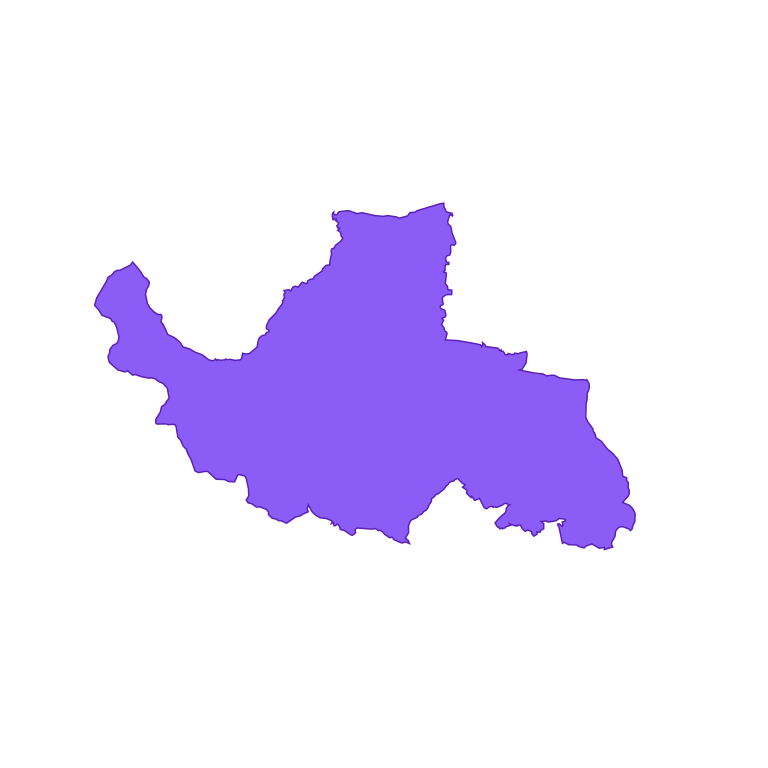 Glodeni, Dâmbovita, Romania, rotated 216°
{"feature_id": "2599482B94470616232964", "entity_name": "Glodeni", "entity_type": "district", "adm_level": 2, "iso_a3": "ROU", "parent_name": "Romania", "parent_adm1": "Dâmbovita", "projection": "orthographic", "projection_center": [25.472, 45.017], "detail": "fine", "context": "isolated", "style": "filled", "palette": "violet", "viewbox_px": 768, "rotation_deg": 216, "n_neighbors": 0, "source": "geoboundaries", "source_scale": "gbopen_adm2", "svg_char_len": 6168}
<svg xmlns="http://www.w3.org/2000/svg" viewBox="0 0 768 768"><g transform="rotate(216 384 384)"><path d="M525.7,493.5L525.9,491.8L524.7,489.7L521.9,487.0L521.4,487.1L520.2,489.6L519.2,489.2L519.1,487.8L515.6,487.6L514.8,486.1L515.2,484.5L514.8,484.0L513.2,483.1L511.4,483.9L511.8,481.0L508.4,481.1L505.4,478.4L503.0,477.7L502.9,474.1L504.8,467.6L504.2,464.7L505.7,462.6L504.9,460.4L502.8,458.4L500.3,452.3L498.0,448.4L500.4,446.1L501.1,443.7L501.3,441.0L500.6,439.6L500.7,438.5L503.6,430.3L503.2,427.3L505.2,425.4L506.3,422.7L505.5,420.6L505.8,419.6L510.1,418.2L510.3,411.9L512.9,411.2L514.6,409.2L514.2,404.5L516.4,404.3L519.8,400.9L517.6,399.6L517.7,397.7L515.2,395.3L515.4,394.1L514.7,392.7L515.1,391.7L514.0,390.8L513.4,388.5L513.6,382.7L513.1,377.7L514.6,368.4L513.3,361.9L511.6,359.6L508.6,359.8L507.8,358.6L509.2,356.6L509.1,353.5L511.0,351.6L512.0,348.1L511.2,345.1L508.4,339.3L510.7,329.7L513.0,327.3L516.4,325.8L514.4,321.3L514.2,320.1L514.8,318.7L518.6,315.4L522.5,313.8L525.5,311.3L526.9,311.0L527.0,309.9L530.5,306.9L532.7,306.1L533.0,304.8L535.0,305.3L535.3,303.3L536.8,301.7L540.0,300.6L548.1,300.8L556.0,298.6L561.1,298.3L568.6,295.8L573.3,297.8L581.0,298.3L588.0,296.9L597.3,302.2L601.1,303.3L602.7,307.2L604.1,308.7L605.5,309.1L607.6,307.4L612.3,307.1L618.5,308.1L622.6,310.0L629.5,316.2L631.8,321.1L632.0,324.7L633.1,327.6L634.2,328.7L637.9,329.7L641.5,329.5L648.6,332.4L659.0,334.9L659.1,331.1L664.5,320.7L666.6,319.2L668.0,316.6L668.3,312.3L669.9,308.2L668.8,303.2L667.0,284.6L664.6,278.2L663.9,277.4L658.7,276.4L652.6,273.8L643.6,276.2L640.8,274.9L638.7,275.5L633.8,272.9L626.0,266.2L624.0,261.6L624.3,259.1L626.0,255.9L626.1,250.8L624.2,247.6L623.4,243.9L619.6,240.5L617.3,239.8L607.5,239.0L600.6,241.5L599.1,244.0L592.6,243.4L590.9,245.4L583.9,247.6L577.5,250.6L575.9,252.2L572.1,253.7L568.1,253.5L563.1,254.6L556.7,253.2L549.5,246.2L549.7,241.3L549.1,240.0L550.6,234.8L548.5,229.9L547.8,221.3L545.7,218.3L544.1,218.2L536.7,223.7L534.8,224.2L530.6,227.7L528.9,228.2L527.0,227.2L519.4,219.7L516.1,219.2L509.7,215.7L505.6,215.0L501.9,212.4L495.7,209.5L485.8,202.6L482.0,203.3L476.9,208.6L474.9,209.6L463.8,208.3L456.8,213.0L452.4,213.8L447.3,217.0L448.8,223.9L448.3,225.4L442.6,227.8L440.0,226.6L432.3,219.8L427.6,214.0L427.3,209.2L424.0,208.0L420.2,209.5L415.1,209.4L412.1,211.7L405.4,213.4L402.3,212.6L400.6,210.4L395.5,209.7L391.8,211.3L389.3,211.4L386.8,212.9L381.0,214.1L377.4,224.3L373.7,228.9L373.5,230.8L372.5,231.8L371.7,233.9L370.4,235.2L370.3,236.2L372.7,237.7L374.3,241.8L367.5,238.5L362.7,237.7L357.0,238.2L351.5,241.3L346.2,242.6L345.0,242.0L344.5,240.2L343.7,242.1L341.2,240.0L340.0,240.8L339.7,242.7L338.8,243.2L336.5,242.8L333.8,240.6L330.0,242.2L322.3,242.4L320.6,243.1L319.6,246.0L319.6,247.0L321.3,248.5L321.6,249.6L321.6,251.0L321.0,251.8L308.8,259.3L305.7,262.2L302.5,262.0L301.9,263.2L298.6,263.6L295.2,262.8L290.4,262.8L288.8,263.1L287.6,264.7L286.1,264.9L285.1,263.9L279.2,265.0L276.1,265.9L273.4,269.0L269.6,269.9L272.5,271.7L276.1,271.8L276.7,278.1L280.8,283.6L282.0,288.0L281.9,290.2L278.8,295.6L279.0,297.7L277.0,301.2L276.9,303.9L275.8,306.8L275.7,310.0L276.4,312.4L276.7,316.8L278.1,319.3L277.1,322.2L277.0,324.9L275.5,327.7L273.7,334.0L273.8,338.1L273.2,339.6L273.2,342.7L272.2,344.9L270.4,346.6L270.5,348.3L268.9,350.9L262.4,349.8L259.0,350.1L259.8,346.7L254.1,346.8L253.1,344.2L247.0,343.3L247.0,344.8L242.3,343.1L239.4,347.5L230.0,342.8L227.6,343.3L226.6,346.6L224.7,348.6L223.2,348.4L223.0,349.3L220.2,350.5L217.3,355.2L215.8,358.9L211.6,360.0L212.2,359.3L212.0,355.5L210.5,352.6L210.3,350.6L212.0,343.6L212.5,336.9L209.1,335.4L207.8,335.2L207.4,335.8L205.2,334.9L203.9,336.9L203.1,336.5L201.5,338.7L201.4,340.1L198.5,344.2L200.2,344.7L194.9,346.2L192.8,347.4L193.3,348.0L190.8,350.0L187.0,348.2L183.1,347.8L182.1,350.1L178.1,351.4L176.4,349.7L173.3,349.0L171.9,352.5L173.3,354.0L170.7,355.7L171.2,357.6L169.7,360.8L172.7,364.9L176.1,365.1L172.6,368.3L170.3,368.7L167.4,371.3L164.2,374.9L163.3,378.1L158.5,380.9L157.3,380.7L157.5,380.1L156.8,379.3L158.7,377.1L156.3,375.1L156.1,373.8L160.5,373.8L161.2,372.5L158.1,370.9L146.0,360.0L145.2,361.8L140.1,362.6L133.3,367.1L131.7,366.8L125.8,369.0L125.2,371.9L121.8,376.8L113.2,377.7L109.8,381.2L109.0,381.1L108.4,379.6L103.1,386.6L105.6,387.9L106.8,390.0L107.6,396.6L109.9,400.6L110.3,402.8L109.7,406.4L107.1,408.9L101.0,410.6L98.4,410.3L98.1,412.7L99.3,415.2L100.2,420.1L104.3,426.3L106.5,427.9L109.5,429.3L114.2,430.1L121.4,428.4L120.5,436.8L121.0,439.0L122.9,442.1L125.2,443.3L128.6,447.9L131.3,448.6L132.1,450.4L133.1,450.7L136.6,449.6L140.4,454.0L150.6,460.5L158.1,462.2L164.9,462.7L174.7,465.4L180.8,465.1L184.4,468.0L187.2,468.9L188.8,470.6L196.7,473.1L201.3,475.8L209.0,487.0L210.3,490.4L213.9,495.5L215.1,500.2L216.6,502.8L218.3,504.9L222.5,506.7L223.6,505.1L225.1,504.9L231.6,499.7L245.6,492.1L250.9,491.3L253.4,489.8L257.2,486.2L261.6,485.5L268.3,481.5L282.5,474.9L281.0,477.2L281.5,484.7L285.9,492.4L287.8,494.0L292.1,489.3L292.9,487.6L296.4,485.8L296.2,484.6L297.7,483.1L301.5,481.7L301.1,480.3L302.9,479.1L306.8,480.5L308.3,479.6L309.3,480.4L309.4,479.1L313.1,479.9L323.6,474.1L325.6,475.2L328.6,475.4L327.2,473.8L326.8,471.7L329.0,472.4L334.3,470.1L350.1,462.3L360.3,455.7L362.7,462.0L364.1,462.8L365.6,462.4L368.8,464.9L372.4,465.9L373.2,470.6L375.8,471.3L373.9,474.1L374.1,475.7L374.9,476.6L378.1,479.4L382.3,478.3L384.2,479.8L384.2,480.9L382.9,482.8L383.1,483.5L387.3,487.5L387.6,489.0L386.0,493.0L381.9,496.1L383.9,499.4L384.6,499.7L387.6,497.8L390.3,500.5L393.4,501.2L398.3,509.9L399.5,510.6L401.2,509.5L401.9,509.9L401.5,512.0L403.9,515.2L404.2,517.0L401.9,518.9L403.0,520.4L404.9,519.2L408.1,521.8L408.5,524.4L406.6,527.1L407.7,530.2L411.3,534.8L411.3,536.6L408.9,537.4L408.5,538.6L408.9,540.5L417.9,546.3L422.5,550.7L425.9,551.1L427.8,552.5L430.3,559.7L427.4,560.1L427.5,560.9L429.4,562.1L434.6,559.9L439.8,562.7L441.9,565.4L444.4,563.0L456.8,546.7L459.2,543.4L460.1,541.0L463.7,538.0L463.7,533.9L469.0,527.2L472.3,526.4L480.2,522.3L482.8,519.4L490.4,514.9L502.5,509.6L506.1,505.9L513.6,503.8L515.7,502.5L521.4,497.1L521.8,495.9L521.5,493.6L522.6,492.3L525.0,492.2L525.7,493.5Z" fill="#8b5cf6" stroke="#5b21b6" stroke-width="1.5"/></g></svg>